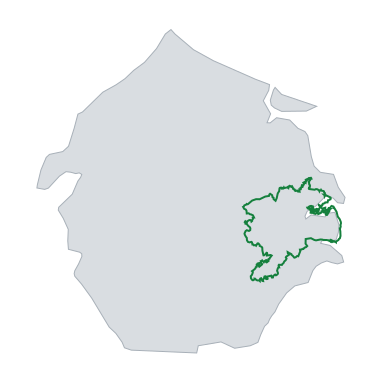 Port Loko, Northern, Sierra Leone shown in context, rotated 183°
{"feature_id": "65957751B90762568654783", "entity_name": "Port Loko", "entity_type": "district", "adm_level": 2, "iso_a3": "SLE", "parent_name": "Sierra Leone", "parent_adm1": "Northern", "projection": "albers", "projection_center": [-12.858, 8.766], "detail": "fine", "context": "in_parent", "style": "outline", "palette": "green", "viewbox_px": 384, "rotation_deg": 183, "n_neighbors": 0, "source": "geoboundaries", "source_scale": "gbopen_adm2", "svg_char_len": 7328}
<svg xmlns="http://www.w3.org/2000/svg" viewBox="0 0 384 384"><g transform="rotate(183 192 192)"><path d="M347.1,187.9L346.8,191.1L344.0,206.1L339.4,218.9L336.3,222.1L323.2,225.6L317.7,231.2L313.0,249.5L310.0,263.8L305.5,266.2L286.3,287.0L273.7,294.9L264.9,301.6L256.6,310.4L246.2,319.0L234.9,333.4L226.9,348.4L221.5,353.1L217.3,348.9L198.0,334.2L177.7,324.3L134.5,307.9L120.2,303.3L120.7,297.5L125.6,286.8L117.6,274.2L120.7,265.1L117.6,265.1L111.4,270.6L98.2,269.0L89.5,261.1L82.4,258.3L79.3,254.3L74.7,233.6L71.4,224.2L64.9,218.4L51.6,217.0L46.2,204.4L38.9,194.6L40.1,188.5L46.1,188.9L50.7,193.3L58.2,195.1L67.6,184.5L76.0,178.8L77.9,173.7L76.9,171.0L71.8,175.3L57.9,174.1L54.5,178.0L48.3,179.2L43.5,166.8L43.7,159.5L45.7,151.5L59.7,150.1L60.9,147.5L51.2,145.8L39.1,136.4L36.9,130.0L42.9,127.8L48.7,128.8L53.7,130.2L59.1,127.9L64.2,124.3L67.2,119.8L71.3,107.7L84.4,103.6L92.2,96.2L99.5,84.7L102.9,76.6L105.9,72.5L107.8,69.0L109.2,65.2L112.5,61.7L115.9,53.1L118.3,45.3L125.8,41.5L141.2,38.2L155.2,43.8L177.7,38.8L178.9,31.5L199.5,31.3L224.0,31.1L244.3,30.9L251.3,32.9L253.9,38.3L260.6,46.8L267.6,52.7L276.4,65.7L286.6,80.8L297.6,94.4L304.6,101.7L305.4,104.3L304.9,107.3L301.5,114.2L298.6,121.8L298.9,124.6L301.0,126.0L312.4,128.3L313.5,136.7L313.6,148.2L319.2,159.0L324.6,166.9L324.3,169.8L311.5,183.5L306.5,197.0L304.0,200.8L303.0,203.8L305.6,205.2L309.1,204.3L314.1,205.4L318.9,205.7L325.2,200.9L335.6,188.4L339.2,186.9L347.1,187.9ZM116.0,298.1L114.5,300.8L107.6,294.1L72.0,284.1L82.0,278.8L106.7,277.2L114.1,280.3L117.4,282.9L118.6,287.8L116.0,298.1Z" fill="#d9dde1" stroke="#a8b0b8" stroke-width="1"/><path d="M124.8,108.1L125.0,108.8L124.6,108.8L123.1,107.5L122.1,107.1L120.4,107.3L119.6,106.6L119.5,108.7L119.2,109.2L118.4,109.5L117.1,106.9L116.3,106.8L116.7,108.2L115.7,109.2L115.2,111.4L114.4,111.7L113.0,111.2L114.1,109.7L113.7,109.2L113.0,108.9L112.0,109.1L111.9,109.3L112.7,111.1L112.3,111.5L108.5,112.6L107.8,110.8L107.1,110.8L106.7,110.9L106.6,112.2L105.0,113.7L104.6,113.9L104.0,113.2L103.5,113.3L102.2,114.4L101.9,115.1L102.0,115.9L102.9,117.8L102.4,120.0L101.8,121.3L101.0,121.3L101.7,123.3L101.4,123.9L98.4,123.9L98.0,124.8L97.0,125.6L96.2,127.5L94.9,128.7L94.1,130.4L94.9,131.6L94.5,132.4L91.9,134.4L92.0,135.2L93.1,135.9L93.3,137.0L92.3,136.5L91.7,135.8L91.1,135.9L89.6,135.2L89.6,134.7L88.0,133.5L86.4,131.8L85.1,132.2L83.6,133.6L82.5,133.4L80.8,138.5L81.2,140.1L79.7,140.2L79.2,140.7L77.8,140.9L77.7,141.5L76.9,141.9L76.1,142.7L75.2,142.9L74.1,144.1L75.9,146.3L76.0,151.0L70.8,152.1L67.3,150.5L65.6,150.2L61.3,151.3L59.4,151.3L58.4,151.0L55.0,151.1L53.1,150.8L51.8,150.3L51.2,151.5L50.8,151.5L48.7,150.4L47.0,150.3L45.6,149.3L45.6,149.8L45.9,149.8L43.3,151.7L42.9,152.7L41.9,153.5L41.4,155.9L41.8,160.4L42.5,163.5L42.1,163.7L41.7,165.2L42.0,166.8L41.6,168.6L41.8,169.8L43.1,172.6L45.2,175.1L46.6,179.8L49.7,184.4L49.9,184.1L50.1,184.6L51.7,185.4L52.4,184.9L53.1,183.6L53.3,182.3L53.0,182.3L53.8,181.7L53.8,180.0L55.0,178.0L55.8,176.3L56.2,176.1L57.2,176.3L57.7,178.5L59.8,178.6L60.4,179.7L61.4,179.5L62.2,177.8L64.7,176.6L64.8,177.1L65.2,177.3L66.5,177.3L67.6,176.6L69.0,176.9L70.4,177.6L71.1,177.4L72.5,177.5L72.5,178.1L71.5,178.5L71.1,178.8L71.2,179.1L72.2,179.5L74.0,181.2L75.6,181.7L76.0,182.4L75.3,182.5L74.6,183.4L72.7,184.3L73.1,184.6L73.1,185.0L72.9,184.5L72.0,184.3L71.6,183.9L70.7,184.1L70.3,183.4L70.3,181.7L69.6,181.0L69.5,180.6L69.3,181.1L67.8,181.0L66.7,181.7L65.6,181.5L65.0,180.9L65.0,180.5L64.7,180.5L64.3,181.2L64.5,181.5L64.1,182.3L62.7,183.6L64.6,185.3L64.6,185.7L61.9,184.4L61.3,186.1L61.0,186.0L60.6,187.2L58.9,187.7L58.4,188.6L56.1,188.7L55.7,190.7L55.4,190.6L53.9,191.9L53.4,191.9L53.1,192.6L53.4,193.8L58.0,195.7L58.9,195.5L59.3,194.7L59.5,195.7L60.2,196.3L58.8,196.3L58.7,196.5L59.3,197.5L59.3,198.0L60.0,198.5L60.2,199.5L61.0,199.9L62.7,200.1L63.2,200.8L63.4,200.3L64.4,200.4L64.8,199.4L65.1,200.0L66.7,201.2L68.3,201.4L69.6,200.7L75.2,201.1L75.5,201.5L75.4,202.6L74.7,202.8L74.5,204.1L74.6,205.0L75.3,205.5L75.2,206.0L75.8,207.4L75.6,207.8L75.9,208.2L74.6,210.2L74.6,211.0L73.6,211.4L73.9,211.7L73.7,212.1L73.9,212.4L76.0,212.0L75.9,211.1L76.9,210.5L77.5,211.0L79.0,210.2L78.8,209.8L78.1,209.5L78.1,209.2L78.9,208.4L79.0,206.9L79.6,207.1L80.1,207.9L81.3,207.1L80.5,206.0L81.1,204.7L82.6,204.6L82.7,204.1L81.8,203.0L82.0,202.7L82.9,202.7L83.8,202.0L83.4,201.2L83.5,200.5L84.9,200.4L84.6,198.0L85.2,198.2L86.0,197.9L86.4,198.1L86.7,198.9L88.6,198.5L88.7,199.0L89.4,199.0L89.6,199.8L90.3,199.9L90.7,200.6L91.2,200.5L91.7,202.0L92.4,202.2L92.5,202.7L93.0,202.3L93.5,202.9L93.8,202.7L94.2,203.0L94.7,202.9L94.9,203.2L96.0,202.5L95.6,202.0L95.9,201.7L96.0,200.9L97.0,201.5L98.0,201.4L100.1,200.7L100.5,201.4L101.1,200.2L102.1,200.1L102.2,200.6L102.8,200.3L103.1,201.0L103.6,201.0L104.5,200.7L104.8,200.3L105.0,197.4L106.3,195.1L107.1,190.2L108.1,187.6L110.1,189.1L110.3,190.6L111.3,191.0L111.8,193.0L113.9,194.3L114.6,193.6L114.9,192.1L118.6,191.3L124.1,188.3L127.6,188.2L131.5,186.6L135.5,182.8L136.1,182.6L136.8,182.9L137.1,182.3L139.0,181.4L139.7,179.8L140.1,179.7L139.1,178.0L137.3,177.2L136.6,176.1L136.2,173.4L134.3,173.7L133.0,172.8L131.8,172.7L129.9,171.9L128.7,169.7L130.0,169.5L129.7,168.4L130.5,167.1L130.4,166.3L131.1,165.6L131.4,166.6L132.6,167.1L133.8,166.7L135.4,165.5L135.6,164.4L137.2,165.6L137.7,164.7L136.7,164.1L137.0,163.2L135.4,162.7L134.3,161.3L132.2,159.7L131.8,158.6L131.9,156.9L133.1,156.1L135.3,156.7L136.4,155.8L137.4,153.4L137.1,152.2L135.8,150.1L134.9,149.1L134.6,146.7L133.5,145.1L131.8,144.7L130.1,145.3L129.5,144.9L128.9,142.7L128.1,142.8L127.4,142.0L125.9,142.3L125.2,141.7L124.0,144.0L123.5,144.2L123.1,143.7L122.7,143.8L121.7,142.7L121.6,141.7L119.6,140.9L118.9,140.0L118.6,137.0L117.3,132.5L116.9,132.5L115.5,133.6L114.4,135.2L113.9,135.1L113.7,134.4L113.8,132.5L110.2,133.2L109.1,132.7L110.9,130.1L111.1,129.4L112.1,129.0L112.4,127.4L112.0,127.4L112.0,127.0L113.1,126.3L113.4,125.8L114.0,125.6L114.7,126.2L113.6,127.2L113.9,127.8L114.4,127.9L116.0,126.8L116.6,125.6L118.3,127.3L118.5,126.9L119.6,126.6L119.3,126.0L119.8,125.2L118.6,123.8L118.2,123.7L118.2,123.4L120.9,120.9L122.2,122.5L121.1,123.5L121.4,124.5L122.8,124.0L123.0,123.4L123.6,123.0L123.5,120.7L124.4,120.3L124.7,119.0L126.2,117.5L127.9,116.1L127.1,115.4L127.1,114.6L127.8,112.4L128.9,111.0L128.6,108.9L127.4,107.4L126.5,107.0L124.8,108.1ZM73.7,181.5L71.3,181.5L70.9,182.0L71.1,183.1L72.3,183.9L74.0,183.4L74.9,182.4L73.7,181.5ZM59.3,180.4L58.9,180.1L57.9,180.4L58.1,183.3L61.1,182.2L60.5,181.5L60.8,180.5L59.3,180.4ZM70.7,179.6L69.0,178.6L68.3,179.1L66.0,179.8L68.1,179.7L68.9,180.2L69.8,179.9L71.1,180.1L70.7,179.6ZM56.4,178.5L55.9,177.4L55.5,177.5L54.2,180.5L55.7,179.7L56.4,178.5ZM56.1,181.0L56.0,180.1L55.3,180.3L55.5,180.9L56.1,181.0ZM54.6,183.2L55.1,182.3L55.2,182.0L54.1,182.5L54.3,183.2L54.6,183.2ZM67.0,178.9L66.6,178.8L65.5,179.0L66.3,179.4L67.0,178.9ZM50.6,149.4L50.1,149.6L51.3,150.1L51.1,149.7L50.6,149.4ZM60.1,179.6L59.7,178.9L59.4,179.1L59.7,179.6L60.1,179.6ZM51.5,150.4L51.3,150.2L50.5,149.9L51.0,150.4L51.5,150.4ZM72.3,180.0L71.8,179.6L71.5,179.9L72.3,180.0ZM54.3,180.7L54.7,181.0L54.7,180.5L54.3,180.7ZM49.4,149.4L49.1,149.6L49.6,149.8L49.6,149.7L49.4,149.4ZM62.8,180.1L63.0,179.7L62.8,180.1ZM51.4,150.8L51.5,150.5L51.1,150.6L51.4,150.8ZM55.7,177.2L55.9,176.9L55.7,177.2ZM50.2,150.7L49.9,150.5L50.2,150.7Z" fill="none" stroke="#15803d" stroke-width="2"/></g></svg>